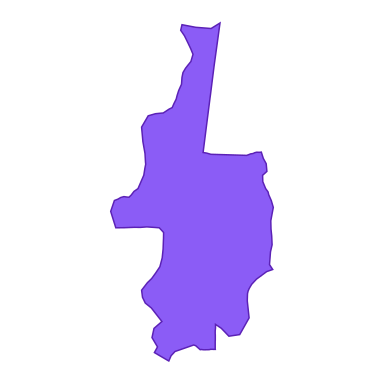 Ogba/Egbema/Ndoni, Rivers, Nigeria (Natural Earth projection)
{"feature_id": "59680162B28887917480980", "entity_name": "Ogba/Egbema/Ndoni", "entity_type": "district", "adm_level": 2, "iso_a3": "NGA", "parent_name": "Nigeria", "parent_adm1": "Rivers", "projection": "natural_earth1", "projection_center": [6.63, 5.434], "detail": "fine", "context": "isolated", "style": "filled", "palette": "violet", "viewbox_px": 384, "rotation_deg": 0, "n_neighbors": 0, "source": "geoboundaries", "source_scale": "gbopen_adm2", "svg_char_len": 1859}
<svg xmlns="http://www.w3.org/2000/svg" viewBox="0 0 384 384"><path d="M228.9,336.2L239.7,334.6L245.0,325.2L249.1,317.9L247.3,301.1L247.3,299.8L247.5,293.7L248.1,291.1L249.2,288.5L251.6,284.4L256.4,279.2L266.7,271.6L272.7,269.5L269.5,264.6L270.5,251.8L272.1,244.8L271.7,235.9L271.0,229.1L270.8,220.8L272.2,213.2L273.3,207.4L271.3,200.6L268.7,194.7L268.1,192.0L265.6,188.5L263.8,184.1L262.8,181.7L262.6,175.3L266.9,171.4L266.2,163.7L263.3,158.4L261.3,152.1L259.8,152.3L258.5,152.3L256.7,152.2L254.7,152.7L253.1,153.5L250.5,153.9L249.1,154.5L246.6,155.4L244.6,155.3L210.9,154.3L206.7,153.1L203.1,152.5L206.0,129.6L210.1,97.4L210.5,94.5L214.1,65.9L218.3,35.4L220.0,23.0L211.1,28.5L195.7,27.3L182.0,24.7L180.7,30.3L184.6,36.0L184.8,36.5L185.9,38.7L187.9,42.8L190.7,48.7L193.0,54.3L190.9,61.5L188.3,64.7L185.5,68.3L183.0,72.5L182.0,77.3L181.5,84.3L179.5,88.7L178.7,90.5L177.1,95.5L176.2,99.1L174.0,103.5L172.2,107.6L169.1,109.1L163.2,113.0L161.7,113.1L155.5,113.7L148.2,115.8L141.6,127.1L141.7,128.4L142.9,141.7L145.0,153.5L145.5,162.4L145.7,164.2L144.9,168.2L143.8,175.2L142.2,178.9L138.0,188.6L134.0,191.4L131.1,195.2L129.0,197.2L127.4,197.1L123.9,196.6L120.7,197.5L118.0,199.1L114.4,200.5L110.7,211.4L115.8,227.8L124.4,227.7L134.5,227.3L140.3,227.4L146.8,226.9L154.1,227.4L159.3,227.8L163.6,232.5L163.5,238.6L163.4,240.6L163.1,249.0L162.2,257.9L159.9,266.7L155.7,273.0L151.7,278.5L147.4,282.7L141.6,290.2L142.5,297.3L145.3,303.1L151.0,307.7L151.2,307.8L161.9,321.5L154.0,328.4L152.0,337.6L157.5,346.9L154.4,352.6L161.6,356.8L168.8,361.0L171.1,355.7L175.0,351.5L193.7,345.0L195.7,345.7L200.2,349.7L201.3,349.5L203.8,349.8L208.5,349.7L209.7,349.6L210.6,349.3L215.3,349.4L215.2,348.7L215.2,346.9L215.2,340.9L215.3,340.3L215.3,334.7L215.2,334.0L215.2,330.9L215.5,328.2L215.5,324.4L221.3,328.3L228.9,336.2Z" fill="#8b5cf6" stroke="#5b21b6" stroke-width="1.5"/></svg>